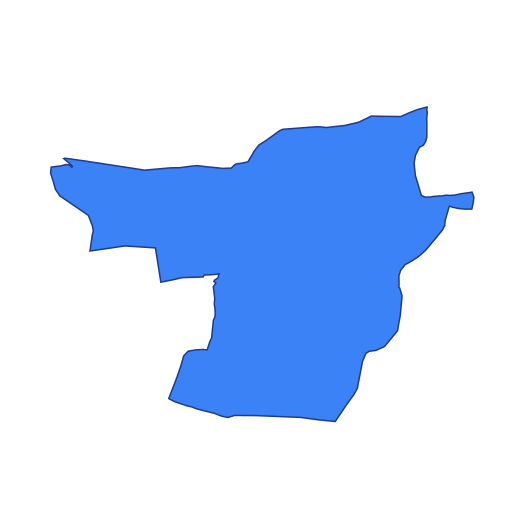 Manzala, Ad Daqahliyah, Egypt (Natural Earth projection), rotated 185°
{"feature_id": "37247803B21688775597596", "entity_name": "Manzala", "entity_type": "district", "adm_level": 2, "iso_a3": "EGY", "parent_name": "Egypt", "parent_adm1": "Ad Daqahliyah", "projection": "natural_earth1", "projection_center": [31.941, 31.153], "detail": "fine", "context": "isolated", "style": "filled", "palette": "blue", "viewbox_px": 512, "rotation_deg": 185, "n_neighbors": 0, "source": "geoboundaries", "source_scale": "gbopen_adm2", "svg_char_len": 2447}
<svg xmlns="http://www.w3.org/2000/svg" viewBox="0 0 512 512"><g transform="rotate(185 256 256)"><path d="M456.0,336.3L447.9,330.5L446.7,329.1L447.3,328.4L449.9,330.5L451.8,330.5L453.1,330.6L458.8,328.6L462.0,328.0L467.8,326.7L467.8,324.7L467.9,320.6L467.2,319.2L464.7,313.1L461.6,304.9L456.5,298.7L454.0,297.3L426.6,281.9L421.5,271.6L420.3,266.8L421.0,262.1L421.8,246.5L387.5,254.6L356.9,255.3L348.5,221.6L334.6,225.7L327.7,228.0L306.8,230.5L306.0,232.5L296.4,233.8L291.4,234.9L291.9,231.0L295.2,228.3L295.8,227.0L293.6,225.8L295.9,221.5L295.2,218.8L293.4,209.9L293.4,204.5L292.2,199.7L291.9,197.1L291.6,195.0L291.6,191.6L292.9,188.2L292.9,184.1L293.1,170.5L294.4,167.1L296.5,158.2L300.5,158.3L307.4,157.3L315.3,155.3L319.3,150.2L321.3,139.9L324.4,127.5L330.5,106.4L329.4,105.8L323.7,103.6L311.5,100.7L306.4,100.0L303.9,99.2L301.9,98.6L297.4,97.8L293.0,97.1L283.4,95.6L278.9,94.2L275.7,93.4L269.9,92.7L263.5,95.3L242.4,97.0L197.5,99.1L179.0,98.2L166.8,98.1L162.7,98.0L152.6,116.2L146.1,127.0L143.5,133.1L140.7,160.2L138.1,168.4L134.9,171.0L128.5,172.3L120.1,177.0L108.5,193.8L107.8,202.1L107.1,209.4L107.0,225.1L107.0,229.1L110.1,236.7L111.2,237.5L110.9,238.7L111.9,248.9L110.6,254.4L106.7,260.4L99.7,265.1L93.9,269.8L88.1,275.8L84.2,281.2L72.6,298.0L70.6,302.8L70.6,308.2L67.8,322.4L63.9,321.7L59.0,321.0L52.3,320.9L45.1,321.5L44.2,328.3L44.1,333.7L46.4,338.5L49.3,337.7L57.6,335.8L63.3,334.0L68.5,333.2L71.7,333.2L76.8,331.9L78.1,331.9L81.9,331.2L85.1,330.7L87.0,330.0L92.8,329.4L96.6,330.8L97.7,333.7L104.2,349.9L106.6,362.2L105.9,370.3L102.7,378.5L98.8,381.1L96.9,385.2L96.2,389.3L97.4,403.5L98.0,408.3L97.9,411.7L97.9,414.4L98.6,415.8L98.5,419.3L99.3,419.1L105.0,417.0L106.9,416.3L107.5,416.1L108.0,415.9L116.1,411.9L124.0,407.5L131.2,407.0L143.4,406.1L153.0,405.5L153.6,405.4L158.9,402.0L160.6,401.1L163.4,399.4L165.7,398.1L170.9,396.4L178.8,393.8L190.3,391.5L197.3,390.1L200.0,390.2L205.6,390.2L215.3,388.7L240.2,384.6L241.9,383.7L243.2,383.0L246.4,380.3L251.3,376.0L254.5,373.3L258.4,370.1L262.6,367.0L263.1,366.3L267.4,359.6L268.3,357.3L272.2,349.2L277.7,347.4L279.4,347.0L281.5,346.5L283.3,346.0L284.3,345.7L285.2,345.0L288.3,341.4L296.9,340.4L303.9,340.5L313.0,340.6L316.8,340.7L322.1,340.9L327.6,340.0L338.5,337.6L340.4,337.2L341.1,337.2L348.7,336.4L351.0,336.0L352.2,335.8L374.6,331.8L385.9,332.6L410.9,334.2L419.8,334.8L426.8,335.2L434.2,335.7L454.8,336.8L456.0,336.3Z" fill="#3b82f6" stroke="#1e3a8a" stroke-width="1.5"/></g></svg>